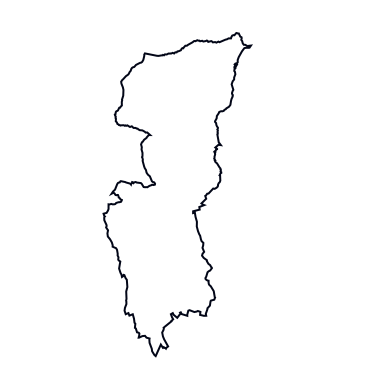 outline of Covasna, Covasna, Romania, rotated 253°
{"feature_id": "2599482B78914670326666", "entity_name": "Covasna", "entity_type": "district", "adm_level": 2, "iso_a3": "ROU", "parent_name": "Romania", "parent_adm1": "Covasna", "projection": "albers", "projection_center": [26.263, 45.799], "detail": "fine", "context": "isolated", "style": "outline", "palette": "ink", "viewbox_px": 384, "rotation_deg": 253, "n_neighbors": 0, "source": "geoboundaries", "source_scale": "gbopen_adm2", "svg_char_len": 6050}
<svg xmlns="http://www.w3.org/2000/svg" viewBox="0 0 384 384"><g transform="rotate(253 192 192)"><path d="M314.8,291.2L315.2,289.0L315.0,288.0L317.2,285.9L317.6,284.6L319.3,284.0L321.8,284.1L323.1,283.6L324.6,284.5L325.5,284.6L326.5,283.6L329.9,283.1L330.1,282.3L331.0,281.2L331.0,280.7L329.5,278.4L329.9,277.6L329.8,276.2L328.7,275.0L327.5,274.2L328.2,271.8L327.8,270.2L327.9,268.5L327.2,262.1L328.1,261.2L327.7,259.0L328.6,258.0L329.0,255.7L330.0,255.2L330.7,254.5L330.8,251.4L331.9,251.1L332.5,250.5L332.3,249.4L332.6,246.8L333.6,246.0L333.8,243.8L334.6,243.3L334.9,242.3L335.6,241.4L335.2,239.4L335.6,238.8L335.7,238.0L335.0,236.3L333.9,231.2L333.4,229.9L333.8,228.4L332.4,226.0L332.0,225.7L332.4,224.9L332.0,224.0L330.8,222.8L330.5,220.2L330.7,219.2L330.0,218.1L330.4,217.2L330.4,216.6L329.7,215.4L330.7,214.3L330.5,212.3L330.9,211.7L331.0,210.6L331.3,210.0L330.9,208.1L331.5,206.3L330.9,205.2L331.6,204.3L331.3,203.7L331.6,202.6L331.9,199.9L332.5,198.3L338.3,187.5L337.3,186.5L336.2,186.2L332.6,184.1L331.0,182.4L330.6,181.4L330.7,180.0L329.9,175.6L328.5,173.4L328.5,171.9L328.3,171.1L327.6,170.1L325.7,168.7L325.0,167.5L323.4,166.0L322.9,165.2L322.1,162.7L319.9,159.0L319.6,158.2L318.2,156.5L316.2,156.2L312.3,156.5L309.7,156.3L304.2,154.4L300.7,152.0L300.0,152.0L298.7,151.2L295.2,150.2L294.4,148.6L293.7,148.0L293.8,147.0L291.6,145.0L291.2,143.1L290.7,142.5L288.9,141.6L288.7,141.0L288.1,141.2L287.7,140.8L286.1,141.1L285.2,140.5L284.3,140.7L281.9,139.8L280.5,140.5L278.8,140.6L278.1,141.5L277.4,141.7L277.0,142.6L276.5,142.9L276.5,143.6L275.8,146.3L274.9,147.2L275.1,148.0L274.5,148.7L274.6,149.7L272.4,151.6L272.3,152.2L272.5,153.4L272.4,153.7L270.4,154.8L269.7,156.9L268.8,157.6L268.5,158.5L267.6,159.0L266.4,160.1L265.4,162.6L263.4,164.5L262.4,165.0L262.0,166.6L258.7,168.6L259.1,167.3L257.5,164.7L257.0,164.3L256.0,161.5L254.4,159.5L254.2,158.7L252.4,157.2L249.5,157.1L247.4,156.2L243.9,156.1L240.7,155.1L240.0,154.4L238.9,154.6L237.0,154.4L236.3,153.9L230.6,153.7L228.6,153.8L226.5,154.4L223.8,154.2L221.5,154.9L219.3,156.3L214.0,156.8L212.7,157.7L212.6,158.2L212.2,158.7L211.5,158.9L210.7,159.1L209.9,158.7L209.9,157.3L210.6,155.9L210.4,155.2L210.3,153.0L209.6,150.7L210.0,149.8L210.3,148.5L210.9,147.2L214.5,146.3L215.5,145.7L217.2,141.9L218.0,141.1L218.1,139.7L217.6,138.6L218.7,138.2L219.0,137.7L218.0,137.1L217.6,136.1L217.0,135.8L218.1,135.3L220.4,131.7L221.0,131.1L223.2,127.1L223.1,126.6L222.3,125.7L222.4,124.5L222.2,123.7L221.3,122.7L216.8,119.1L215.5,116.6L213.9,114.7L214.2,116.3L213.9,117.0L213.5,117.4L211.5,118.0L211.0,118.8L211.0,119.8L210.8,120.3L209.2,120.5L208.2,120.3L207.4,121.0L205.8,121.5L204.9,122.6L204.5,122.4L203.4,121.3L203.4,119.9L203.7,118.7L203.7,116.3L203.0,115.3L202.9,114.5L203.3,112.7L204.2,111.3L204.2,109.4L204.6,108.6L200.1,107.2L198.7,106.1L197.0,104.2L197.1,101.1L195.0,101.1L194.1,101.5L194.0,101.1L193.0,100.5L190.6,99.9L185.4,100.6L184.4,100.4L183.2,99.5L179.9,100.5L177.1,99.0L174.0,98.5L170.8,99.8L167.2,100.6L164.3,100.6L162.9,100.1L160.4,103.0L158.6,103.4L154.7,102.9L153.0,102.3L151.1,102.6L148.9,101.7L148.0,101.9L146.5,103.1L140.1,99.9L135.6,100.0L133.6,100.4L131.2,100.2L131.6,101.5L132.7,102.4L132.3,103.0L129.1,103.3L127.1,104.0L120.0,102.4L116.1,100.0L108.9,98.1L107.3,97.2L106.5,97.2L104.0,96.5L100.8,94.0L98.2,92.8L94.5,92.9L94.8,95.8L92.1,96.0L92.4,99.6L87.8,99.5L83.8,98.8L82.6,99.3L78.8,97.7L77.9,98.4L73.9,98.4L73.0,99.9L72.1,100.3L70.3,99.6L68.3,98.4L68.2,98.8L68.7,102.4L68.2,105.0L66.0,105.9L64.3,108.6L63.1,108.0L60.1,107.3L53.9,107.7L51.3,107.3L47.1,108.4L45.7,109.3L55.2,117.6L51.6,118.6L51.9,119.5L51.3,119.7L51.4,119.9L51.0,120.1L50.6,120.9L49.8,121.3L50.6,122.1L51.3,124.0L59.2,122.3L62.4,122.0L66.3,122.4L68.4,124.4L70.2,125.4L70.6,125.3L74.3,134.5L74.6,134.4L75.8,136.8L77.9,136.3L81.3,136.1L81.8,138.2L80.0,138.5L76.0,141.1L79.3,145.7L80.1,145.4L80.2,146.1L78.3,146.4L75.0,151.3L76.1,151.6L79.6,153.8L79.7,155.1L76.5,159.2L76.3,161.5L76.5,162.8L74.9,165.0L72.1,163.8L70.1,167.2L69.5,169.4L71.5,169.6L75.3,172.4L76.3,172.8L78.1,175.9L82.1,177.8L82.6,178.4L82.5,181.8L84.3,183.2L84.6,183.0L90.8,183.8L96.4,182.4L97.8,181.5L98.8,181.2L100.2,181.3L102.3,181.9L102.6,181.2L103.7,180.1L105.0,179.5L105.8,179.7L106.8,180.8L110.7,183.4L111.3,184.7L111.6,186.4L113.4,188.8L114.0,188.8L114.6,188.4L116.7,188.0L118.5,186.7L121.5,186.0L122.4,186.3L125.6,183.9L128.2,183.0L129.8,184.0L131.2,186.1L135.5,185.7L137.7,187.1L140.0,188.0L142.2,186.8L144.1,186.7L147.9,187.0L149.3,186.6L152.8,186.3L157.6,186.5L162.1,188.0L167.1,188.1L171.4,188.7L171.5,186.9L172.8,187.3L172.9,188.6L173.2,188.4L172.9,194.2L175.5,194.6L175.9,199.8L176.6,198.9L178.3,197.7L181.4,203.6L184.3,203.5L184.4,204.1L185.9,206.0L185.7,207.4L189.1,213.3L188.4,214.6L188.8,216.4L189.3,217.7L190.3,218.7L190.9,218.8L191.6,219.2L192.7,220.2L193.3,221.4L194.6,222.4L199.6,223.7L199.9,223.3L201.6,224.8L201.7,225.6L202.4,225.8L203.3,225.3L204.6,226.1L205.4,225.8L206.1,226.1L207.5,225.5L212.1,224.3L213.7,223.2L215.4,223.0L215.5,223.5L217.4,223.0L217.8,223.4L219.3,223.9L221.1,225.1L222.2,225.2L222.7,225.7L223.1,225.4L223.7,225.9L224.1,225.3L224.3,225.6L224.0,226.2L224.2,226.5L225.5,227.4L225.6,228.5L225.9,228.6L227.7,227.3L229.4,231.1L228.4,233.3L231.7,232.1L239.8,233.1L240.0,233.6L241.1,234.0L241.9,233.9L243.1,234.7L244.4,234.5L244.9,235.2L246.0,235.6L247.2,235.1L248.9,234.9L250.9,235.2L252.0,234.6L252.9,234.7L255.2,237.1L257.4,238.0L259.5,240.6L260.4,241.2L260.7,242.5L260.7,243.6L260.3,244.5L260.3,246.0L261.1,247.1L261.3,248.5L261.9,249.2L262.7,252.3L264.1,254.2L267.6,255.9L269.4,257.0L271.4,258.8L271.9,258.8L272.7,259.4L274.2,259.0L275.0,259.2L276.7,260.4L277.6,261.4L283.4,261.4L286.0,263.3L287.3,265.2L289.2,265.8L291.9,267.9L294.3,268.2L295.4,267.8L297.5,268.8L299.1,269.0L299.3,269.3L297.6,268.9L297.4,269.3L297.7,269.8L298.8,270.2L300.8,272.4L301.4,272.1L301.5,271.5L301.1,270.1L301.5,270.0L302.1,271.1L302.1,272.8L302.6,273.6L304.9,274.3L307.3,276.1L311.9,280.9L314.2,284.0L314.3,284.3L314.1,285.9L313.3,288.4L313.2,289.2L314.8,291.2Z" fill="none" stroke="#020617" stroke-width="2"/></g></svg>